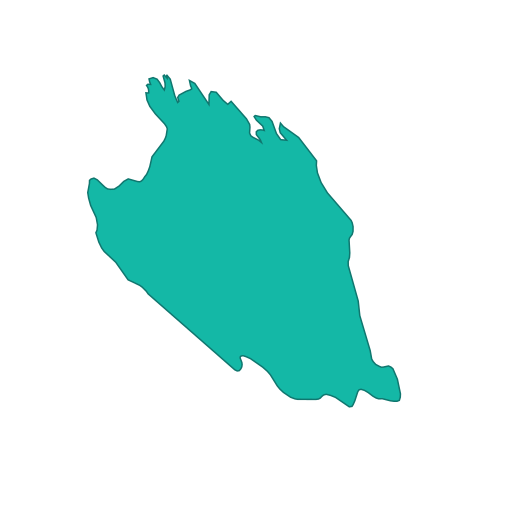 the County of Södermanland, rotated 228°
{"feature_id": "SWE-185", "entity_name": "Södermanland", "entity_type": "County", "adm_level": 1, "iso_a3": "SWE", "parent_name": "Sweden", "parent_adm1": "", "projection": "equal_earth", "projection_center": [16.821, 59.079], "detail": "fine", "context": "isolated", "style": "filled", "palette": "teal", "viewbox_px": 512, "rotation_deg": 228, "n_neighbors": 0, "source": "natural_earth", "source_scale": "10m", "svg_char_len": 2590}
<svg xmlns="http://www.w3.org/2000/svg" viewBox="0 0 512 512"><g transform="rotate(228 256 256)"><path d="M450.9,283.4L449.9,284.3L449.0,285.4L450.6,286.8L452.3,287.9L454.1,288.5L456.0,288.8L456.0,290.5L454.0,292.5L456.6,293.5L459.2,295.0L457.4,298.9L453.6,300.8L449.3,300.4L444.9,299.3L440.7,298.9L442.7,301.9L445.5,304.2L451.9,307.4L451.9,308.9L447.6,308.9L449.0,310.0L450.5,310.8L444.8,310.6L429.3,302.8L422.5,300.5L422.5,302.2L426.2,303.9L427.0,306.6L425.2,314.1L423.5,318.2L423.2,320.0L424.7,320.8L426.1,321.2L431.0,324.0L425.2,326.0L400.1,322.4L407.1,329.1L408.2,332.7L404.3,336.0L393.6,335.7L387.6,336.5L387.6,341.0L364.3,340.7L358.0,339.3L355.8,337.7L351.7,333.5L348.8,332.6L346.4,333.1L340.4,335.4L336.8,336.0L339.6,337.0L346.0,337.5L348.1,339.3L348.2,341.5L346.9,343.6L345.2,345.2L343.8,346.1L348.0,347.9L356.7,347.2L360.9,347.9L360.9,349.4L356.2,352.7L353.2,356.1L350.1,358.2L345.3,358.0L333.3,353.1L325.9,352.2L321.5,356.2L331.4,356.5L335.0,358.5L338.4,363.1L333.7,363.0L315.5,367.0L286.2,364.7L282.9,361.4L276.7,357.3L267.0,353.5L255.1,351.3L218.8,350.5L216.3,349.7L212.9,347.8L209.4,344.6L207.7,341.9L206.8,337.6L205.7,335.9L195.5,327.7L192.4,324.5L190.2,320.8L187.1,318.1L154.1,301.8L142.2,293.2L109.2,277.5L102.0,273.0L99.1,272.4L95.3,272.4L91.2,273.9L89.4,274.8L88.3,276.2L85.6,280.9L83.0,282.0L80.6,282.3L69.8,278.6L56.9,271.1L54.5,268.7L52.8,265.9L53.7,263.6L55.8,261.3L58.5,259.0L65.4,254.4L67.8,251.6L70.2,250.2L73.6,249.1L79.5,248.0L83.6,246.7L86.6,244.9L87.6,243.2L87.1,240.9L82.3,232.6L80.6,228.8L80.0,226.7L81.5,224.4L97.7,220.5L102.6,218.1L106.3,215.6L107.5,213.2L107.6,210.9L107.4,208.7L107.9,206.7L109.4,204.5L121.7,191.0L123.7,189.4L127.9,187.2L136.3,185.1L141.1,184.7L145.2,184.9L158.1,187.2L162.8,187.3L169.0,186.6L183.5,183.2L187.8,181.3L190.4,179.8L191.3,178.7L191.7,177.5L191.5,176.6L190.7,175.9L186.3,174.2L184.6,173.0L183.1,171.2L182.3,169.2L182.0,166.9L183.0,165.3L183.2,165.1L185.6,164.1L299.9,150.5L303.3,150.9L309.0,150.6L311.9,150.0L323.9,145.0L345.2,147.6L360.9,146.2L365.3,146.7L371.5,148.5L379.6,152.2L380.5,152.7L380.8,153.5L381.6,155.2L385.2,159.1L391.5,163.0L404.1,166.9L411.1,170.4L415.7,173.4L421.3,180.7L423.6,182.9L423.6,184.9L422.3,187.7L418.8,189.0L411.4,189.5L407.9,189.8L405.1,190.6L403.0,192.4L400.5,195.4L399.6,201.0L399.9,207.7L398.8,212.6L390.7,217.7L389.0,219.2L388.4,221.0L388.5,223.3L389.4,226.6L389.8,229.2L391.2,232.6L393.4,236.8L399.3,245.1L403.0,264.4L404.3,267.6L405.5,269.8L409.9,275.2L411.9,276.0L415.4,276.5L429.0,276.3L438.2,277.2L444.9,279.4L450.9,283.4Z" fill="#14b8a6" stroke="#0f766e" stroke-width="1.5"/></g></svg>